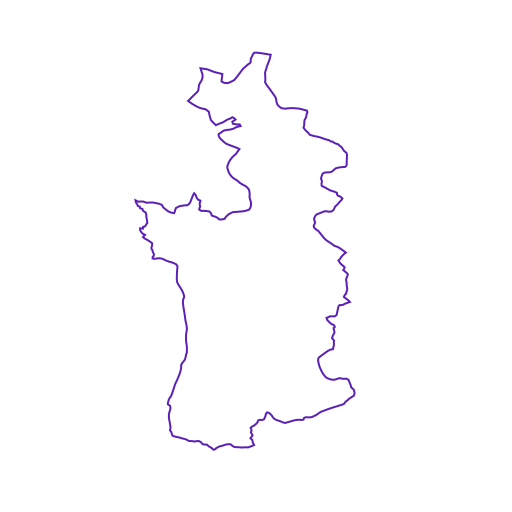 outline of Khwisero, Western, Kenya, rotated 105°
{"feature_id": "3690345B3814928417926", "entity_name": "Khwisero", "entity_type": "district", "adm_level": 2, "iso_a3": "KEN", "parent_name": "Kenya", "parent_adm1": "Western", "projection": "equal_earth", "projection_center": [34.567, 0.147], "detail": "fine", "context": "isolated", "style": "outline", "palette": "violet", "viewbox_px": 512, "rotation_deg": 105, "n_neighbors": 0, "source": "geoboundaries", "source_scale": "gbopen_adm2", "svg_char_len": 6125}
<svg xmlns="http://www.w3.org/2000/svg" viewBox="0 0 512 512"><g transform="rotate(105 256 256)"><path d="M102.4,244.4L102.4,250.6L102.5,252.7L103.7,259.1L104.9,262.9L106.2,266.1L106.6,269.7L105.6,272.4L104.1,274.6L102.0,276.0L98.7,277.5L97.2,278.7L91.7,285.3L87.8,290.3L85.8,292.2L83.8,292.5L79.9,293.6L76.7,294.7L74.4,294.7L72.1,294.5L70.4,294.6L62.4,293.7L57.8,293.9L58.7,302.9L59.5,308.6L60.2,310.4L62.1,311.2L66.7,312.0L68.3,311.9L69.6,311.3L71.2,311.7L73.1,313.4L78.2,316.8L79.5,317.4L86.3,320.1L91.4,322.4L92.8,323.7L95.1,326.4L96.3,328.0L97.0,331.3L96.4,334.4L95.1,334.8L93.4,334.9L88.9,335.6L89.1,341.9L89.0,344.7L88.3,351.3L89.0,358.2L95.0,354.4L96.8,354.0L98.2,353.8L101.0,354.1L103.2,354.9L105.8,355.3L110.5,354.6L112.2,355.0L113.8,355.8L116.5,357.5L123.8,361.7L125.4,357.6L127.0,351.7L127.5,348.6L127.5,345.4L127.3,342.8L128.8,339.0L133.0,336.8L136.2,334.9L137.7,332.8L138.6,331.1L140.0,328.6L137.8,325.9L135.4,322.5L132.5,319.8L131.1,318.3L130.2,316.8L128.1,314.8L128.5,312.7L129.5,311.1L132.4,313.6L134.2,312.6L134.0,309.2L133.1,305.8L134.5,304.5L135.5,306.5L136.7,308.5L138.6,310.4L140.3,313.1L142.0,317.2L143.3,319.7L144.6,320.8L145.8,321.7L148.0,323.7L149.8,323.0L151.6,321.3L154.2,316.4L155.2,314.1L155.6,311.4L156.5,302.0L157.0,299.7L162.8,301.9L166.1,304.2L169.4,305.6L172.0,306.4L174.2,306.7L176.1,306.9L178.2,306.6L181.7,304.4L183.8,302.5L185.5,300.2L186.6,298.1L188.2,293.1L189.4,291.0L190.3,288.0L191.4,283.5L192.5,281.6L193.9,279.8L197.0,278.4L201.3,277.3L205.9,274.5L208.2,274.0L210.7,273.9L213.1,274.7L215.4,278.4L216.4,280.7L219.7,289.8L222.8,293.3L226.1,295.3L228.3,296.0L229.6,298.6L230.2,300.9L229.3,302.5L228.6,305.1L228.6,307.3L228.3,309.3L226.5,310.4L225.1,312.4L225.3,315.2L225.9,318.0L226.6,320.5L225.8,322.9L224.3,323.0L222.7,322.7L221.3,323.5L219.7,324.0L216.9,324.0L216.6,326.5L215.3,328.2L212.7,330.1L211.4,332.0L213.1,332.5L220.7,333.4L222.7,333.9L224.7,335.4L225.6,338.2L227.7,342.8L230.3,345.7L232.6,346.0L234.5,345.9L235.9,346.3L236.0,349.4L235.6,352.4L233.1,358.2L231.0,360.2L230.6,363.1L231.0,369.1L231.6,371.6L232.9,375.7L232.6,379.0L233.2,381.5L234.0,383.9L233.4,386.8L235.4,385.8L236.7,384.3L238.4,382.9L238.4,381.0L239.9,380.2L239.9,377.9L241.6,376.8L242.5,373.9L244.4,372.7L246.4,372.1L252.1,369.5L253.8,370.2L256.1,370.8L257.1,372.6L258.8,372.3L259.2,375.1L261.1,374.6L262.8,372.8L264.0,370.7L264.2,368.7L267.0,370.0L268.0,367.9L268.5,365.4L269.9,361.1L270.7,359.5L272.6,359.1L274.7,359.2L276.2,358.8L277.2,357.4L278.6,356.9L280.4,355.2L282.3,354.8L283.6,355.6L285.2,355.2L285.0,353.5L283.1,348.6L282.9,345.8L283.8,340.6L284.0,338.5L283.9,336.2L284.2,333.3L284.7,330.9L286.2,329.2L292.2,328.1L297.8,326.8L299.7,326.2L301.3,325.6L303.0,324.3L308.4,318.5L311.5,316.1L312.9,315.3L314.4,314.7L316.4,315.1L318.9,314.8L320.3,314.4L323.8,313.0L331.1,309.7L336.2,307.6L341.1,305.1L343.8,304.0L346.0,303.6L349.5,303.3L351.5,302.9L356.3,301.5L361.8,299.2L367.0,297.8L368.8,298.0L372.6,297.8L375.0,298.0L378.6,299.6L380.8,300.1L382.7,299.5L384.8,299.2L388.9,299.2L395.6,300.0L400.5,300.9L412.0,301.6L413.7,301.8L415.2,302.6L417.2,303.0L420.7,303.1L422.1,302.7L422.9,300.3L425.0,299.2L431.1,299.2L433.3,298.7L435.4,298.0L442.2,294.8L444.2,294.1L446.6,294.0L448.0,292.2L449.6,291.3L451.2,290.1L451.4,287.9L451.2,283.4L451.3,275.4L452.0,273.4L451.8,271.6L451.3,269.8L451.2,267.7L450.2,265.4L449.5,263.3L450.1,261.0L451.5,259.0L451.5,256.9L450.9,254.6L452.1,252.3L452.6,250.2L453.3,248.4L454.2,247.0L453.1,245.3L451.7,244.6L450.5,243.1L449.3,242.0L448.4,240.1L445.7,235.9L444.8,233.8L444.5,231.6L445.6,229.4L446.1,227.3L445.1,222.8L444.7,220.1L444.0,218.4L442.9,214.1L440.1,210.1L439.0,208.9L437.7,210.2L436.1,211.3L434.6,212.0L433.5,214.2L430.1,212.9L427.6,215.3L425.6,215.1L423.4,216.7L421.7,215.6L420.0,213.7L417.7,212.2L415.9,211.4L414.4,211.5L413.3,210.0L413.0,208.0L411.7,206.0L407.8,205.4L406.0,205.6L404.2,204.9L404.2,202.8L405.1,200.9L406.1,199.4L407.6,197.7L408.7,195.8L409.1,193.6L409.4,189.2L409.7,187.4L409.8,184.8L404.9,176.6L404.0,174.7L403.1,172.3L402.7,170.0L401.8,167.8L399.9,167.6L398.9,166.3L398.0,162.3L396.9,160.0L395.3,158.3L394.3,156.9L391.0,154.2L389.6,152.8L386.1,148.0L382.7,142.9L377.5,134.6L376.1,132.8L373.4,131.7L371.8,130.3L370.0,129.3L365.5,125.3L363.2,125.2L361.4,126.0L359.7,127.1L358.2,130.1L356.3,131.1L351.6,134.7L351.1,137.1L352.0,139.5L352.4,143.9L354.7,147.3L355.6,149.3L355.9,152.4L355.6,155.4L354.9,157.5L352.5,160.7L349.7,163.4L346.3,166.1L342.6,168.2L340.5,169.1L338.8,169.3L337.4,168.7L334.4,166.4L329.3,162.2L327.2,160.0L326.2,157.6L321.8,157.7L319.5,158.4L317.5,158.7L315.7,161.3L312.9,161.1L309.7,160.4L307.8,161.2L305.7,162.4L304.2,161.5L302.7,162.6L302.1,165.6L301.3,167.4L300.0,169.6L299.1,170.9L297.5,171.9L296.3,170.1L295.1,169.0L294.0,164.5L292.3,162.9L283.2,163.3L281.7,162.5L281.3,160.6L280.5,159.1L279.2,157.9L276.1,153.4L275.0,155.2L272.8,160.5L270.7,160.2L269.0,159.2L266.9,159.3L265.2,159.2L263.7,159.5L261.0,160.8L259.3,161.2L256.0,162.7L254.1,162.9L251.2,162.5L249.8,162.6L248.9,163.9L247.0,168.1L245.7,167.6L243.9,167.5L241.3,172.7L238.9,175.2L237.0,174.0L235.2,173.6L232.9,172.4L231.0,171.3L229.4,170.1L226.8,176.9L226.2,179.1L225.8,183.1L225.1,185.0L224.4,186.7L222.6,192.1L221.2,194.7L215.6,202.4L214.9,204.7L213.5,207.3L211.8,208.1L209.9,207.7L208.1,207.6L206.6,208.8L205.0,209.6L201.9,209.1L200.3,208.4L195.2,201.6L194.5,199.4L194.4,197.2L193.5,194.6L191.6,193.1L187.6,192.3L186.2,191.3L181.9,189.1L180.1,188.1L178.0,187.4L176.8,189.9L176.5,192.5L175.5,193.7L174.0,194.2L173.6,196.6L173.4,201.6L172.1,206.4L171.2,210.7L169.5,211.4L168.0,211.5L166.3,211.8L164.6,213.2L162.5,213.3L159.2,213.0L157.7,211.4L155.7,205.6L154.2,204.0L152.3,202.9L150.6,201.6L149.4,199.5L148.5,197.6L146.9,193.0L145.4,192.1L143.8,192.1L142.4,192.6L134.6,194.3L133.0,195.3L131.4,198.6L130.1,199.9L128.6,201.7L127.8,203.9L126.8,205.6L126.8,207.4L126.5,209.6L125.7,211.7L126.0,213.5L125.2,215.4L125.3,218.0L125.2,220.1L124.8,225.1L125.1,232.0L125.0,235.3L123.1,238.1L122.0,240.4L119.8,243.3L117.1,243.3L113.3,244.2L111.6,244.2L110.0,243.7L108.2,243.6L106.6,243.8L103.8,243.6L102.4,244.4Z" fill="none" stroke="#5b21b6" stroke-width="2"/></g></svg>